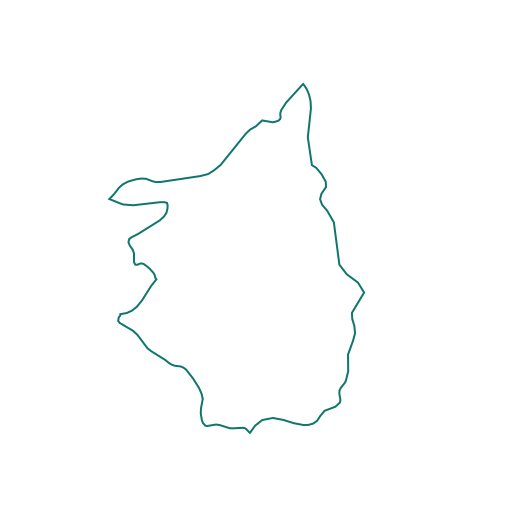 the border of Mokhotlong, rotated 35°
{"feature_id": "LSO-1213", "entity_name": "Mokhotlong", "entity_type": "District", "adm_level": 1, "iso_a3": "LSO", "parent_name": "Lesotho", "parent_adm1": "", "projection": "robinson", "projection_center": [28.96, -29.168], "detail": "fine", "context": "isolated", "style": "outline", "palette": "teal", "viewbox_px": 512, "rotation_deg": 35, "n_neighbors": 0, "source": "natural_earth", "source_scale": "10m", "svg_char_len": 1946}
<svg xmlns="http://www.w3.org/2000/svg" viewBox="0 0 512 512"><g transform="rotate(35 256 256)"><path d="M207.0,93.5L211.9,97.9L216.3,103.5L230.4,129.1L249.7,149.5L254.8,149.2L263.0,151.5L270.6,155.2L273.8,159.4L273.9,167.5L275.9,172.7L280.5,176.0L288.4,178.1L300.5,183.8L329.3,215.3L340.8,218.9L354.8,219.3L365.5,223.9L367.2,247.6L371.1,252.5L376.6,256.8L381.4,262.4L384.0,269.4L387.9,283.9L397.6,297.5L401.1,306.4L401.5,308.9L401.1,315.2L401.5,318.2L403.0,320.7L407.7,325.5L408.8,327.9L407.5,333.9L401.0,343.4L400.4,349.9L400.6,355.8L399.0,360.4L396.0,364.1L392.1,367.1L382.8,371.3L372.4,374.6L362.6,379.1L355.2,386.8L352.6,395.5L352.5,404.4L352.4,404.4L346.6,403.3L345.1,403.6L343.6,404.4L335.3,410.9L333.1,412.2L323.3,415.3L319.9,417.0L313.4,423.4L311.7,424.0L308.4,423.3L305.8,421.5L301.0,416.6L298.3,412.3L294.4,403.7L290.6,400.2L285.0,396.8L274.6,392.4L263.6,389.1L260.4,389.1L257.6,389.7L252.4,392.5L249.2,393.4L245.8,393.6L241.8,393.2L224.6,394.1L219.9,393.8L204.0,388.6L198.4,387.8L182.8,389.0L180.4,388.3L179.0,385.6L178.8,384.2L179.0,382.7L178.2,381.5L182.8,376.9L185.6,372.2L187.5,366.1L188.1,357.7L187.3,340.6L187.8,332.2L185.9,331.6L184.5,330.1L181.9,328.7L176.2,327.4L172.0,327.0L168.4,327.0L166.2,327.9L165.0,329.3L163.9,331.2L162.1,332.3L159.7,331.1L154.6,323.9L151.7,321.7L146.8,319.9L143.7,318.0L142.4,314.9L143.2,312.3L146.7,305.7L156.8,281.9L158.0,276.3L157.9,272.1L156.3,268.0L154.6,265.2L152.7,263.6L150.2,264.4L146.4,267.1L126.3,284.9L117.2,290.2L103.2,293.5L104.3,286.3L104.6,278.7L105.9,273.5L108.6,268.3L113.9,261.8L117.8,258.2L121.7,255.8L128.5,254.1L131.9,252.7L135.6,249.9L164.6,222.4L169.8,216.3L172.4,210.2L174.8,201.7L177.5,161.4L178.7,155.8L181.6,149.6L183.3,141.4L192.9,136.9L194.6,135.2L196.8,132.2L197.2,130.3L196.9,128.8L196.2,127.8L195.3,126.9L194.5,125.8L193.7,124.4L193.0,122.1L192.7,113.2L195.8,88.9L196.1,88.0L201.6,90.1L206.9,93.4L207.0,93.5Z" fill="none" stroke="#0f766e" stroke-width="2"/></g></svg>